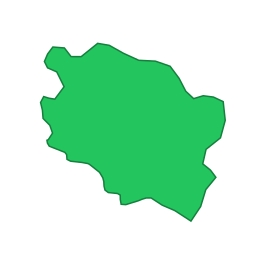 an SVG outline of Cantemir, rotated 284°
{"feature_id": "MDA-1631", "entity_name": "Cantemir", "entity_type": "District", "adm_level": 1, "iso_a3": "MDA", "parent_name": "Moldova", "parent_adm1": "", "projection": "mercator", "projection_center": [28.284, 46.256], "detail": "fine", "context": "isolated", "style": "filled", "palette": "green", "viewbox_px": 256, "rotation_deg": 284, "n_neighbors": 0, "source": "natural_earth", "source_scale": "10m", "svg_char_len": 913}
<svg xmlns="http://www.w3.org/2000/svg" viewBox="0 0 256 256"><g transform="rotate(284 128 128)"><path d="M52.9,211.6L59.2,193.3L61.4,179.9L65.7,167.4L64.5,162.6L62.3,158.9L60.0,155.8L53.1,144.4L52.3,139.8L56.8,137.8L61.0,136.7L61.9,133.7L60.6,124.5L62.2,120.7L65.8,118.8L70.1,117.5L73.6,115.6L78.1,111.1L83.2,99.9L83.8,98.0L83.4,91.4L81.9,80.4L82.8,76.4L87.3,74.9L89.1,72.6L91.3,56.0L93.8,53.5L96.5,52.3L97.4,53.5L104.8,56.0L111.7,51.5L116.7,43.3L124.7,40.6L131.6,37.0L138.1,38.6L137.8,44.0L138.3,50.0L152.6,56.0L165.2,45.3L166.9,35.4L172.3,30.8L180.4,32.1L188.4,35.5L190.3,46.9L183.5,55.5L185.9,65.3L202.8,78.1L203.7,89.8L199.4,105.5L196.3,122.1L199.5,138.4L198.1,153.9L188.5,165.6L177.6,175.2L172.4,184.6L177.5,193.2L178.7,203.4L176.6,214.0L158.9,220.5L140.8,220.1L126.2,208.9L111.3,209.2L107.1,218.2L101.4,225.2L87.1,218.4L69.4,217.5L52.9,211.6Z" fill="#22c55e" stroke="#15803d" stroke-width="1.5"/></g></svg>